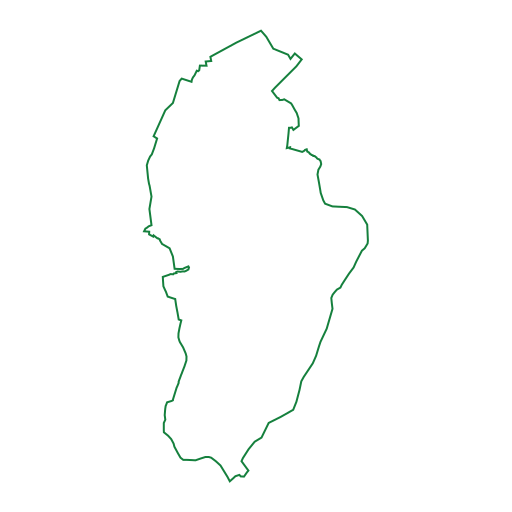 Kaduna North, Kaduna, Nigeria
{"feature_id": "59680162B72659245241320", "entity_name": "Kaduna North", "entity_type": "district", "adm_level": 2, "iso_a3": "NGA", "parent_name": "Nigeria", "parent_adm1": "Kaduna", "projection": "natural_earth1", "projection_center": [7.443, 10.553], "detail": "fine", "context": "isolated", "style": "outline", "palette": "green", "viewbox_px": 512, "rotation_deg": 0, "n_neighbors": 0, "source": "geoboundaries", "source_scale": "gbopen_adm2", "svg_char_len": 3479}
<svg xmlns="http://www.w3.org/2000/svg" viewBox="0 0 512 512"><path d="M229.8,481.3L233.3,478.2L235.4,476.2L239.4,474.9L240.7,476.4L244.0,476.6L245.3,474.7L246.9,472.4L248.4,470.6L241.5,461.2L242.9,458.1L248.6,449.2L254.7,441.7L261.5,437.6L268.7,422.9L280.7,416.9L293.2,409.8L296.4,401.8L299.5,390.0L301.3,381.3L303.8,376.8L312.8,363.3L316.1,355.8L319.0,346.3L320.5,341.8L324.0,334.4L326.7,328.7L332.5,308.8L331.8,303.1L331.3,298.0L332.7,294.6L334.7,292.1L336.9,289.6L340.4,287.6L341.8,284.7L344.5,280.5L348.7,274.1L349.4,273.1L351.8,269.9L353.6,267.5L355.7,262.8L356.4,261.3L361.9,250.7L364.7,248.3L367.6,243.5L367.9,240.7L367.4,229.3L367.2,224.6L366.9,224.1L362.1,216.0L354.9,209.5L347.0,207.1L338.2,206.7L332.4,206.4L325.1,203.7L323.3,200.4L320.7,192.9L320.4,190.9L319.0,182.7L317.5,174.5L318.4,169.7L320.3,166.6L321.2,164.1L320.7,161.6L320.6,161.1L320.2,160.6L319.8,160.2L319.5,159.5L318.1,159.0L317.4,158.7L316.9,158.2L316.4,157.4L315.4,156.8L315.1,156.5L314.9,156.2L314.5,156.0L314.2,156.0L313.3,156.0L312.9,155.7L312.8,155.3L312.4,155.2L311.9,155.0L311.5,155.0L311.2,154.7L310.5,154.0L309.8,153.8L309.3,152.7L309.0,152.7L307.8,151.7L307.4,151.7L307.2,151.4L306.7,149.3L305.0,149.9L304.5,150.6L303.0,151.5L302.2,151.9L292.8,149.2L289.8,148.4L290.0,147.3L286.8,148.1L287.3,145.2L288.5,133.6L289.0,127.8L290.4,127.8L291.9,127.4L293.4,129.9L295.0,128.7L296.9,127.3L298.8,125.9L298.6,121.7L298.5,118.4L296.7,113.0L294.6,109.5L292.2,105.1L291.1,103.4L284.2,99.3L282.6,99.9L279.5,100.1L278.5,98.2L278.3,98.2L277.1,97.7L272.0,91.0L275.2,87.5L296.4,66.3L301.7,59.4L294.8,53.5L290.5,58.9L288.1,54.7L273.3,48.7L266.3,36.8L261.0,30.7L236.4,42.6L213.1,55.3L210.4,56.8L211.2,61.0L205.7,61.5L206.5,65.7L199.9,65.6L199.2,70.3L198.1,71.2L196.8,70.7L194.5,75.4L193.1,77.2L192.7,77.9L191.9,79.7L191.5,81.8L181.7,78.6L179.6,81.0L172.9,103.0L165.3,110.3L153.6,136.3L157.1,138.5L154.1,148.3L151.8,154.4L150.1,156.5L148.2,160.6L146.8,165.3L148.1,178.5L149.0,183.7L149.6,185.8L151.5,196.6L149.4,209.0L151.5,225.2L148.7,226.3L146.7,227.9L145.4,228.6L145.1,229.2L144.1,231.3L149.2,231.7L149.1,234.4L153.2,236.6L153.6,235.4L157.5,238.4L158.0,238.3L159.8,239.4L159.9,240.3L162.1,244.0L169.6,248.3L172.9,256.5L174.6,268.8L179.4,269.0L183.0,268.9L184.4,268.0L188.4,266.4L189.0,267.5L188.4,269.3L188.4,269.5L186.0,270.9L184.5,271.5L183.0,271.4L182.0,271.5L180.4,271.8L177.6,271.5L176.2,272.0L176.0,272.5L176.3,273.1L173.8,273.5L173.2,274.3L170.5,274.1L169.0,274.8L162.8,276.9L163.0,280.4L163.4,286.3L165.2,290.3L165.9,291.7L167.7,296.6L168.4,296.8L169.8,297.3L173.8,298.6L174.8,298.9L175.2,299.0L175.8,303.1L176.2,305.8L177.3,311.6L177.4,312.0L178.7,319.5L181.3,320.4L180.4,324.0L179.8,326.7L179.4,328.5L178.5,333.4L178.4,337.0L178.4,337.4L179.3,340.6L179.9,342.1L183.1,347.4L185.7,353.5L186.5,356.5L186.4,360.5L184.8,365.3L184.5,366.3L183.7,368.3L183.4,369.1L182.3,371.9L181.8,373.3L180.9,375.4L180.8,375.8L179.7,378.8L179.5,379.2L178.6,381.8L178.6,382.3L178.7,382.8L177.3,386.2L176.8,387.3L176.7,387.4L173.0,399.4L172.9,400.3L171.5,401.0L167.1,402.3L166.5,403.9L166.0,405.2L165.8,405.6L165.6,406.3L165.4,407.8L165.3,408.3L165.0,411.2L165.0,411.5L164.7,415.2L164.8,415.8L165.3,419.7L163.8,423.0L163.8,430.5L163.9,432.3L165.5,433.6L168.1,435.7L171.2,439.1L173.6,443.6L174.4,446.7L177.9,453.2L180.5,457.7L183.3,459.9L187.5,459.9L191.8,460.1L195.5,460.3L200.7,458.5L205.4,457.0L208.8,457.0L211.2,457.7L215.8,461.2L220.5,465.5L227.5,476.9L229.8,481.3Z" fill="none" stroke="#15803d" stroke-width="2"/></svg>